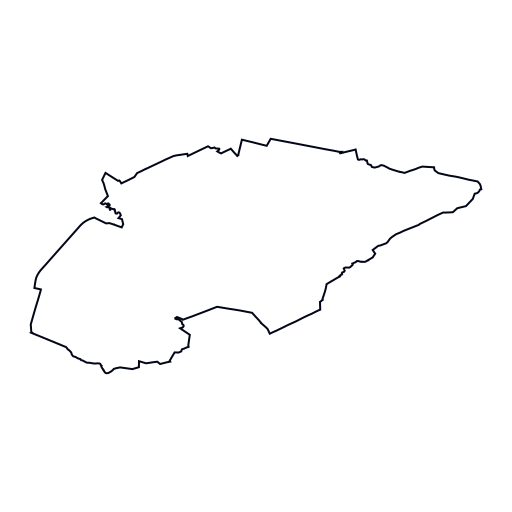 Zeltiņu pag., Aluksne, Latvia
{"feature_id": "27541924B11156685334807", "entity_name": "Zeltiņu pag.", "entity_type": "district", "adm_level": 2, "iso_a3": "LVA", "parent_name": "Latvia", "parent_adm1": "Aluksne", "projection": "robinson", "projection_center": [26.759, 57.345], "detail": "fine", "context": "isolated", "style": "outline", "palette": "ink", "viewbox_px": 512, "rotation_deg": 0, "n_neighbors": 0, "source": "geoboundaries", "source_scale": "gbopen_adm2", "svg_char_len": 5966}
<svg xmlns="http://www.w3.org/2000/svg" viewBox="0 0 512 512"><path d="M269.8,333.7L274.6,331.4L275.3,331.2L284.8,326.6L286.9,325.5L295.2,321.7L296.1,321.3L303.5,317.5L307.7,315.5L311.6,313.8L316.7,311.2L319.6,309.9L320.2,309.7L320.0,301.9L322.4,300.1L322.2,300.0L325.0,291.4L325.8,288.3L326.6,284.1L330.7,281.7L336.3,278.4L339.7,276.4L339.8,276.5L340.1,276.2L339.8,275.6L342.1,274.3L341.8,273.2L342.3,272.4L343.9,271.9L344.7,270.8L343.7,268.4L343.8,268.3L345.5,267.5L348.8,267.6L349.2,267.6L349.6,267.5L350.2,267.1L352.6,264.9L352.7,264.7L352.6,264.3L352.3,263.6L352.8,263.4L353.0,263.3L353.6,263.0L354.3,262.7L355.0,262.5L355.2,262.3L355.9,261.9L356.3,261.7L356.8,261.1L357.5,261.0L357.9,261.1L358.1,261.1L358.7,261.2L359.0,261.3L359.5,261.3L359.7,261.5L360.7,261.7L361.1,261.7L361.3,261.9L361.9,261.7L362.2,261.8L362.8,261.8L363.1,261.9L363.4,261.8L363.5,261.8L364.2,261.9L364.8,261.8L365.4,261.7L365.7,261.6L366.1,261.3L366.9,260.9L367.6,260.5L368.0,260.4L367.9,260.2L372.8,257.4L372.9,257.0L374.5,254.7L375.2,253.7L372.7,250.0L377.7,246.2L378.8,245.7L380.2,245.5L386.4,243.2L387.8,241.8L388.7,240.5L390.0,238.7L392.1,236.9L394.1,235.6L395.0,234.9L396.6,234.0L400.1,232.6L402.5,231.4L404.3,230.6L406.0,229.9L418.7,224.9L420.1,223.8L425.8,221.1L437.7,215.0L443.2,212.5L444.4,212.6L449.8,212.4L452.9,212.2L455.4,209.9L457.3,208.2L466.0,206.1L472.8,198.9L474.7,193.7L476.6,193.3L477.9,192.6L479.2,191.3L479.9,189.6L481.3,189.3L480.7,186.3L480.6,185.8L479.9,184.1L477.7,181.5L472.3,180.4L469.5,179.9L459.7,177.5L455.9,176.7L454.1,176.4L449.6,175.7L444.7,174.6L438.3,173.1L434.8,170.5L434.8,170.4L434.6,169.9L434.5,169.5L434.1,168.7L434.1,167.3L422.3,166.6L418.5,167.8L415.5,169.1L409.6,171.0L404.6,172.9L399.4,171.7L399.4,171.8L392.2,169.6L390.8,169.1L389.3,168.6L388.0,167.8L385.7,166.6L383.6,165.6L382.7,165.4L381.1,165.1L379.9,165.7L378.8,166.5L377.6,166.8L374.6,167.6L374.3,167.5L372.9,167.2L372.2,167.0L371.8,166.9L371.5,166.2L371.2,165.5L371.1,165.2L370.9,165.1L368.0,164.1L367.6,163.6L367.5,163.2L367.4,162.6L366.9,160.5L366.5,160.4L365.9,160.6L364.2,159.3L363.6,159.2L362.3,159.4L360.7,159.3L359.4,159.8L358.8,159.8L357.9,159.4L356.8,155.1L355.6,149.5L353.9,150.0L345.4,152.0L342.4,152.8L340.2,153.3L339.7,152.6L340.7,151.9L339.4,151.9L334.6,150.9L324.7,149.1L307.5,145.8L295.6,143.5L284.4,141.4L270.7,138.8L266.7,145.8L259.4,144.0L252.8,142.3L241.9,139.7L241.0,143.4L238.2,155.0L238.3,155.1L237.3,156.0L236.1,154.6L234.1,152.5L232.9,151.1L230.9,148.8L230.8,148.7L230.4,149.0L228.5,149.8L221.6,153.1L221.4,153.2L221.2,153.4L219.2,152.5L217.3,151.4L217.8,151.0L218.7,150.1L219.2,149.6L219.2,148.7L215.5,148.4L214.5,147.5L211.8,148.2L210.6,148.1L209.6,147.3L208.5,146.5L208.0,146.3L199.6,150.3L187.8,156.0L187.3,153.8L176.4,155.4L173.6,156.0L170.7,157.3L165.9,159.4L159.9,162.3L151.8,166.1L148.7,167.6L145.7,169.0L145.6,168.9L142.2,170.7L137.1,173.1L134.4,177.0L128.2,180.1L121.3,183.4L121.0,182.9L120.7,182.3L119.8,181.0L119.3,180.5L118.5,180.7L118.1,180.9L105.5,172.9L102.1,179.9L103.6,183.3L104.4,185.9L105.2,189.1L107.9,196.1L100.9,203.2L101.3,203.5L101.9,203.9L102.3,204.2L102.5,204.3L103.1,204.4L103.4,204.4L104.6,203.7L105.1,203.4L105.4,203.4L105.7,203.5L106.2,203.9L106.4,204.1L106.6,204.1L107.0,204.1L107.7,203.6L108.2,203.4L108.7,203.7L109.5,204.5L109.7,205.0L109.0,205.5L108.8,205.9L108.3,205.7L107.7,205.8L107.6,206.1L107.8,206.6L107.5,206.8L107.0,206.9L106.7,207.0L107.2,207.3L107.6,207.2L107.9,207.1L108.3,207.0L108.8,207.2L109.9,207.5L110.0,207.6L109.5,208.3L109.6,208.6L109.9,208.9L110.0,209.0L110.1,209.4L109.9,209.6L110.0,209.8L110.4,209.7L110.6,209.1L110.3,208.8L110.6,208.2L111.5,208.6L112.7,209.0L113.4,209.1L113.6,209.2L113.8,209.2L114.1,209.1L114.4,209.1L114.6,209.3L114.8,209.6L114.9,209.9L114.9,210.1L114.7,210.4L114.7,210.6L114.7,210.8L114.9,211.1L115.2,211.4L115.3,212.3L115.3,212.7L115.5,213.2L115.7,213.4L115.9,213.5L116.1,213.6L116.4,213.6L116.6,213.6L116.9,213.5L117.2,213.4L117.6,212.8L118.0,212.6L118.4,212.4L118.7,212.4L119.0,212.4L119.4,212.6L119.7,212.9L119.9,213.2L120.2,213.7L120.5,214.5L120.8,215.4L120.6,215.6L118.5,218.1L122.0,219.2L123.2,224.2L121.7,227.4L113.7,224.5L113.7,224.4L113.3,224.4L109.4,223.1L106.1,223.4L95.1,218.0L94.4,217.5L93.0,217.9L90.9,218.6L89.1,219.3L87.3,220.2L85.2,221.4L83.5,222.6L83.0,223.0L82.0,223.9L80.7,225.1L77.0,229.3L72.2,234.7L57.1,251.7L45.8,264.5L42.0,268.7L40.1,270.9L38.7,272.9L37.5,274.9L36.6,276.8L36.0,278.6L35.5,280.8L35.1,283.2L34.4,288.0L35.3,288.2L40.9,289.4L40.9,289.7L39.2,295.7L38.1,299.4L35.5,307.9L33.5,314.8L30.7,324.7L30.8,325.0L31.3,332.1L31.9,332.5L31.3,332.8L65.1,346.7L65.6,346.8L66.0,347.0L66.6,347.7L67.5,348.9L67.9,349.3L68.0,349.5L68.8,350.1L69.5,350.5L69.8,350.9L70.1,351.3L70.5,351.7L71.0,352.2L71.4,353.0L71.7,354.3L72.2,355.1L73.0,356.1L73.8,356.5L75.0,356.8L75.4,356.9L76.1,357.3L77.4,358.1L78.9,358.7L80.4,359.1L80.6,359.6L81.1,360.1L81.8,360.3L82.9,360.6L86.2,362.4L87.2,362.7L89.6,362.8L90.6,362.9L91.7,363.2L92.5,363.3L93.6,363.4L94.3,363.5L95.0,363.5L95.9,363.5L96.9,363.4L97.8,363.3L99.2,363.5L100.2,363.8L100.5,364.3L101.0,365.4L101.5,365.7L101.3,366.0L101.3,366.4L101.6,367.1L102.2,368.2L102.8,368.9L103.6,370.1L103.4,370.2L105.0,372.5L106.1,373.2L108.2,373.1L111.2,371.4L112.8,370.1L113.8,368.9L116.2,368.2L120.1,367.4L132.4,369.1L138.9,367.2L139.0,361.2L146.1,363.3L154.0,362.1L157.3,361.7L160.1,364.0L166.8,362.3L170.2,361.6L169.7,360.7L174.6,352.4L177.2,352.5L178.7,352.5L181.2,351.4L181.9,349.4L182.4,349.1L184.0,348.7L186.5,347.5L188.6,346.9L188.3,345.1L189.8,334.8L180.1,328.3L182.9,327.3L183.7,326.0L183.3,324.8L182.3,324.2L181.6,321.6L180.5,321.0L179.7,320.1L178.0,319.2L176.7,319.3L175.3,318.7L175.3,318.0L176.9,317.1L177.0,317.0L181.9,319.0L182.3,319.2L182.9,319.7L192.6,316.2L200.7,313.1L203.9,311.9L217.1,306.8L226.1,308.3L228.5,308.7L235.1,309.7L240.0,310.5L252.1,312.8L254.5,315.5L255.3,316.4L258.9,320.2L261.1,322.9L261.0,323.0L266.5,327.8L266.6,328.0L267.6,329.0L269.8,333.7Z" fill="none" stroke="#020617" stroke-width="2"/></svg>